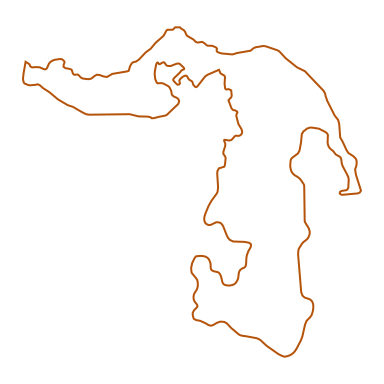 outline of Adygey
{"feature_id": "RUS-2279", "entity_name": "Adygey", "entity_type": "Republic", "adm_level": 1, "iso_a3": "RUS", "parent_name": "Russia", "parent_adm1": "", "projection": "orthographic", "projection_center": [39.851, 44.472], "detail": "fine", "context": "isolated", "style": "outline", "palette": "amber", "viewbox_px": 384, "rotation_deg": 0, "n_neighbors": 0, "source": "natural_earth", "source_scale": "10m", "svg_char_len": 5864}
<svg xmlns="http://www.w3.org/2000/svg" viewBox="0 0 384 384"><path d="M175.2,27.3L180.0,27.3L180.9,28.4L184.0,30.3L185.5,32.5L185.9,34.0L187.1,35.8L193.4,39.5L195.8,41.9L197.7,42.6L201.6,41.9L202.7,42.1L204.5,43.3L206.8,45.3L207.6,45.7L212.3,45.8L215.9,47.4L216.7,48.1L217.0,48.7L216.6,50.2L216.8,51.2L217.6,52.1L220.0,53.0L222.1,53.5L232.0,54.4L233.9,54.1L236.6,53.1L250.6,50.7L253.4,48.3L255.5,47.3L263.2,46.0L265.8,46.3L277.5,50.3L279.0,51.2L280.5,52.6L285.6,58.2L297.0,67.3L304.9,71.2L323.2,90.4L324.3,92.0L325.2,93.9L325.6,96.1L327.3,101.0L334.7,115.6L338.1,119.9L339.2,124.1L340.2,137.5L342.8,142.0L346.6,150.3L348.5,153.1L352.9,155.9L354.6,157.4L356.0,159.1L356.4,160.3L356.7,162.0L356.5,164.9L356.1,166.5L355.1,169.4L355.9,174.6L361.0,190.7L359.8,192.5L357.9,193.4L342.5,194.8L341.2,194.6L340.2,194.0L339.7,193.1L340.1,191.8L341.0,191.2L342.3,190.8L346.3,190.2L347.3,189.6L347.9,188.6L348.3,187.4L348.7,180.0L348.6,178.7L348.2,176.9L347.3,174.9L342.6,166.0L341.8,163.7L341.3,159.5L340.9,158.2L340.1,156.9L336.6,155.0L335.4,154.1L334.3,152.5L333.1,151.0L330.9,149.3L329.6,148.0L328.6,146.5L327.9,144.3L327.6,142.5L327.9,135.0L327.1,133.4L325.4,132.0L319.0,128.7L311.9,127.6L310.0,127.6L307.0,128.6L305.0,130.3L303.6,131.2L301.8,134.0L301.0,142.6L299.5,150.6L298.0,153.4L291.8,158.1L291.1,159.2L290.6,160.7L290.2,165.9L290.5,168.1L291.2,170.9L292.0,172.4L292.8,173.5L294.4,175.0L298.4,177.5L300.2,179.1L303.8,184.3L304.2,185.6L304.7,221.3L305.2,222.5L308.7,228.2L309.7,231.5L309.7,233.0L309.5,234.7L308.6,237.0L307.8,238.3L307.0,239.3L303.4,242.1L301.9,243.8L298.8,248.8L298.4,250.0L298.1,254.5L301.2,292.1L302.4,295.5L303.7,296.8L305.0,297.7L308.8,298.9L310.4,299.7L311.7,300.9L312.3,301.8L313.1,304.0L313.3,305.5L313.3,307.5L313.0,310.4L312.3,313.1L311.5,315.3L309.8,317.6L306.7,320.7L305.9,322.4L305.0,324.8L302.4,336.3L301.0,340.1L296.9,348.1L295.3,350.7L293.8,352.5L291.2,354.6L289.1,355.6L286.8,356.3L284.3,356.7L281.8,355.8L278.4,354.1L266.6,345.8L260.0,339.7L256.7,338.2L246.9,336.4L241.9,335.7L240.0,335.1L238.5,334.2L231.4,328.2L226.8,323.3L224.4,322.0L222.1,321.7L220.1,321.7L216.5,323.0L213.8,324.7L211.6,325.6L210.2,325.6L208.4,325.0L205.5,323.2L200.1,320.8L196.2,320.1L193.7,318.7L192.8,315.5L192.7,314.3L192.8,312.7L193.8,310.7L194.7,309.6L197.2,307.0L197.5,305.9L196.9,304.5L194.7,301.7L194.3,301.0L193.7,299.3L193.5,297.1L193.7,295.6L194.1,293.9L196.9,289.4L197.4,287.9L197.8,286.1L197.8,283.0L197.5,281.2L197.1,279.8L195.9,278.0L191.9,273.1L191.6,272.5L191.4,271.4L191.2,268.9L191.2,267.5L192.2,263.1L194.1,259.0L195.1,257.4L196.1,256.3L199.9,255.9L202.7,256.0L205.4,256.6L207.5,257.8L209.0,259.4L210.3,262.6L210.6,263.8L210.7,267.9L211.0,269.1L211.6,270.1L212.5,270.7L213.7,271.2L217.9,272.2L218.8,272.7L219.6,273.6L220.7,275.6L221.1,276.7L222.5,282.5L223.0,283.4L223.8,284.3L224.9,284.9L226.3,285.3L229.1,285.6L231.6,285.2L233.7,284.5L234.7,283.9L236.3,282.2L237.4,280.2L238.1,278.6L238.9,272.5L239.5,271.1L240.1,270.1L241.8,268.7L243.9,267.8L244.9,267.1L245.6,266.0L246.1,264.0L246.4,257.8L246.9,255.1L248.3,251.3L250.6,247.3L251.0,245.9L250.9,244.2L249.9,243.3L248.8,242.7L244.6,241.9L233.3,241.5L230.0,240.0L228.4,238.3L227.1,236.2L223.0,225.8L221.6,224.0L220.8,223.2L219.7,222.6L217.1,222.2L215.9,222.4L210.9,224.8L209.3,225.1L208.2,224.9L206.4,224.0L205.2,222.8L204.7,221.7L204.3,220.0L204.2,218.4L204.6,216.1L205.5,213.3L208.7,205.7L211.4,200.9L216.7,193.6L217.5,192.0L218.1,187.8L217.2,173.5L217.4,171.2L218.9,168.3L224.1,166.8L224.6,166.0L225.0,164.6L225.6,158.7L225.5,157.6L225.1,156.4L223.3,153.8L223.4,151.8L225.2,146.0L225.3,143.7L224.2,141.0L224.1,140.3L224.4,139.9L225.4,139.9L229.1,140.5L230.8,140.2L231.8,139.6L234.8,136.2L235.8,135.7L238.6,135.9L239.9,135.5L241.1,134.6L241.6,133.9L242.0,133.0L242.2,131.7L241.5,129.2L238.4,124.0L236.3,115.9L236.7,113.5L237.3,112.9L237.4,112.2L237.1,111.5L235.2,110.4L233.1,110.0L231.5,108.4L228.5,100.3L229.9,98.6L231.1,97.5L231.5,96.5L231.7,95.6L231.2,90.3L228.6,89.1L226.4,89.5L225.7,89.2L225.2,88.5L224.7,85.2L224.6,83.1L225.0,77.2L224.7,76.3L224.2,75.5L220.5,73.4L219.0,69.8L207.5,74.8L205.1,76.5L197.4,86.4L196.3,87.1L195.7,87.0L195.0,86.7L193.3,84.8L192.3,81.7L191.4,80.9L189.3,79.8L188.4,78.7L186.9,76.1L186.1,75.7L185.0,75.7L183.2,76.5L182.2,77.2L180.3,78.9L179.5,80.2L179.3,80.9L179.9,82.9L179.9,83.6L179.0,84.5L177.5,84.7L176.4,83.8L173.6,80.9L173.3,80.2L173.2,79.5L174.0,78.2L180.0,72.4L181.5,70.4L184.0,69.2L184.2,68.5L183.5,67.4L179.5,63.7L178.4,63.5L176.7,63.7L170.7,66.0L168.2,66.0L166.6,65.5L166.1,65.0L164.5,62.6L163.7,62.3L162.0,62.8L160.0,64.1L159.5,64.2L158.9,64.0L158.1,62.8L157.7,62.5L157.0,62.8L156.2,64.3L154.8,71.5L154.7,74.2L155.2,79.0L156.4,81.9L157.1,83.0L157.7,83.3L161.5,83.1L163.3,83.5L168.2,86.1L169.2,87.0L170.0,88.3L171.2,90.9L171.8,94.3L172.3,95.2L173.6,96.4L176.7,97.8L178.0,98.8L178.5,99.4L179.1,101.0L178.6,103.1L178.2,104.0L167.8,113.9L167.4,114.5L165.3,115.6L159.0,116.8L154.1,118.1L151.9,118.3L150.9,117.5L149.4,116.9L147.5,116.6L138.5,116.4L129.7,114.2L88.8,114.7L86.1,114.2L81.4,111.8L73.0,106.9L67.6,105.1L58.0,99.4L49.4,92.2L42.9,88.0L39.9,85.3L38.4,84.6L37.3,84.3L35.8,84.8L30.3,85.3L28.5,85.1L24.9,83.7L24.2,83.1L23.6,82.1L23.2,80.2L23.0,78.8L23.5,73.8L25.6,61.8L29.5,64.3L30.3,66.3L31.0,66.9L32.3,67.4L35.5,67.1L39.7,67.3L44.0,69.2L45.0,69.4L45.8,69.2L46.7,68.5L47.2,67.7L48.7,64.1L49.6,62.8L50.5,61.8L53.2,60.3L54.7,59.8L60.1,59.0L61.2,59.1L62.3,59.5L63.9,60.8L64.4,61.7L64.5,62.5L63.7,64.7L63.5,66.8L65.5,68.2L68.7,68.7L71.5,69.6L71.9,70.5L72.9,73.4L73.7,74.5L75.0,74.8L77.5,74.5L78.7,75.2L80.8,77.5L82.9,78.6L88.6,79.2L91.3,78.6L95.0,75.7L97.0,74.7L99.9,75.1L103.4,76.4L106.9,77.0L112.3,73.9L127.1,71.4L128.6,70.9L129.2,69.4L129.6,67.5L130.6,65.2L131.9,63.2L133.0,62.3L135.9,61.6L138.9,59.6L145.7,52.4L150.6,48.8L155.7,42.7L163.6,35.8L166.4,30.6L167.4,29.8L172.8,29.7L175.2,27.3Z" fill="none" stroke="#b45309" stroke-width="2"/></svg>